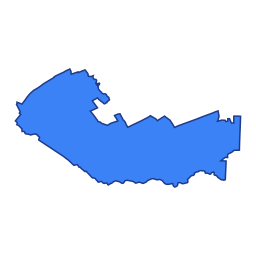 the district of Tiganasi, Iasi, Romania
{"feature_id": "2599482B17220998825141", "entity_name": "Tiganasi", "entity_type": "district", "adm_level": 2, "iso_a3": "ROU", "parent_name": "Romania", "parent_adm1": "Iasi", "projection": "equal_earth", "projection_center": [27.471, 47.35], "detail": "fine", "context": "isolated", "style": "filled", "palette": "blue", "viewbox_px": 256, "rotation_deg": 0, "n_neighbors": 0, "source": "geoboundaries", "source_scale": "gbopen_adm2", "svg_char_len": 5753}
<svg xmlns="http://www.w3.org/2000/svg" viewBox="0 0 256 256"><path d="M116.1,180.9L119.1,181.7L119.9,182.0L121.1,182.8L122.1,183.3L122.8,183.3L123.6,182.9L124.0,182.4L124.4,181.6L124.7,181.2L125.0,180.9L125.8,180.5L126.3,180.4L127.2,180.3L127.8,180.4L132.3,181.2L133.0,181.5L133.8,181.8L134.9,182.7L135.6,183.1L135.8,183.1L136.4,183.0L138.1,182.4L139.3,182.3L139.8,182.3L140.6,182.5L141.1,182.7L142.4,183.3L143.0,183.4L143.7,183.2L146.1,182.1L147.2,181.0L147.8,180.5L150.0,179.5L151.7,178.8L152.7,178.7L153.2,178.7L153.9,178.8L155.9,179.5L156.9,179.8L157.3,179.8L159.0,179.5L159.6,179.5L160.4,179.7L161.9,180.4L162.6,180.9L163.9,182.7L164.8,183.5L166.0,184.1L166.6,184.3L168.4,184.3L169.7,184.1L172.7,183.5L173.1,185.1L173.4,185.8L173.8,186.4L174.5,186.9L175.0,187.0L175.5,186.8L176.7,186.2L177.1,185.8L177.5,185.3L177.7,184.6L178.0,182.8L180.4,182.6L181.3,183.3L181.9,183.6L182.9,183.7L184.1,183.5L185.0,183.2L186.1,183.0L186.6,182.9L187.4,182.6L187.7,182.3L187.8,182.0L187.9,181.4L187.8,180.7L187.5,179.5L189.2,177.9L190.8,176.2L191.3,175.8L191.8,175.6L193.1,175.4L193.4,175.3L193.9,175.0L194.2,174.5L194.4,174.1L194.4,173.8L194.2,173.4L194.3,173.2L194.5,173.0L195.1,172.8L195.6,172.4L196.6,172.0L198.2,171.7L198.4,171.6L199.5,170.8L200.1,170.6L201.1,170.6L202.0,170.8L204.1,170.9L204.4,171.0L204.6,171.1L204.9,171.4L205.0,172.3L205.1,172.6L205.4,173.0L205.7,173.2L206.2,173.3L206.9,173.2L207.6,173.2L208.1,173.3L209.1,173.9L209.7,174.2L210.1,174.2L210.5,174.1L210.8,173.9L211.1,173.4L211.1,173.1L211.3,173.0L212.7,172.2L213.0,172.1L213.4,172.0L213.8,172.2L214.2,172.6L214.2,173.0L214.1,173.5L214.0,174.2L214.1,174.6L214.3,174.9L214.5,175.1L214.9,175.2L216.1,175.5L216.6,175.8L218.1,177.6L219.2,178.3L220.5,179.3L221.3,179.7L221.8,179.8L222.5,179.7L223.6,180.2L225.2,179.8L225.3,179.5L226.1,161.7L226.1,161.0L220.9,160.8L225.1,157.4L227.6,157.5L227.6,154.7L228.0,154.2L228.3,154.0L228.9,153.6L231.7,152.3L233.7,150.6L234.1,150.3L239.4,150.2L239.6,142.2L240.6,116.3L239.4,116.2L234.6,116.1L234.2,116.1L233.8,116.2L233.8,123.0L231.8,123.0L231.5,123.0L231.2,122.5L230.6,121.3L230.2,120.3L229.5,118.7L227.8,118.7L227.8,121.1L226.2,121.5L225.7,121.5L225.2,120.3L223.8,120.2L221.6,120.1L218.4,121.1L217.5,121.2L217.8,120.7L218.3,119.0L219.0,116.8L219.0,115.8L218.9,115.3L218.7,114.2L218.5,113.4L218.3,112.1L218.1,110.9L215.7,111.7L211.8,113.3L202.3,116.8L196.8,119.0L180.6,124.9L177.4,126.1L174.5,127.5L174.0,126.6L173.5,125.6L172.8,124.4L171.7,122.8L171.2,122.0L170.2,120.4L167.3,118.2L165.6,117.0L164.6,116.1L159.8,119.1L158.5,119.9L157.4,120.8L156.4,119.5L155.8,118.9L150.4,115.7L150.2,115.7L149.5,116.5L146.1,118.3L141.1,120.9L134.1,124.2L127.7,127.3L127.5,126.9L127.0,125.8L126.4,125.0L126.1,124.5L126.0,124.2L125.9,123.7L125.4,122.4L125.0,121.9L124.8,121.6L124.1,120.7L123.9,120.4L123.1,119.9L122.9,119.4L122.2,118.0L120.1,114.1L120.0,113.8L117.8,114.1L116.2,114.8L114.5,115.5L115.1,116.6L115.9,117.8L116.3,118.3L117.8,121.0L112.1,122.8L109.8,123.8L109.1,124.4L108.8,124.5L107.6,125.2L107.0,125.1L106.4,125.0L103.6,124.0L102.5,123.7L101.5,123.2L100.1,122.0L98.2,121.7L97.8,120.9L97.3,120.1L95.8,118.2L94.8,116.7L92.6,113.8L90.3,111.2L97.5,107.8L92.3,100.8L97.6,97.9L97.9,98.3L98.8,99.5L100.2,100.5L101.0,101.3L102.7,102.4L103.3,103.1L103.9,103.6L104.2,103.8L104.8,103.8L105.9,102.9L106.1,102.9L106.8,102.7L107.0,102.4L106.9,102.0L109.5,99.8L109.1,99.2L108.9,97.6L108.5,97.2L108.2,96.9L107.5,96.6L107.2,96.2L106.3,94.6L105.8,94.1L105.5,93.9L105.0,93.8L104.0,93.9L103.2,93.8L102.4,93.4L101.9,93.0L101.4,92.2L101.1,91.9L100.5,91.6L100.0,91.0L99.8,90.6L98.5,89.1L98.3,88.6L98.1,87.9L98.3,87.7L97.8,86.3L97.8,86.2L98.0,86.1L97.9,86.0L97.9,85.8L98.4,85.6L98.8,85.1L99.0,84.9L99.3,84.6L99.2,84.3L99.2,84.2L99.3,84.1L99.5,83.6L99.2,83.5L99.2,83.2L97.9,83.5L96.8,83.6L97.0,84.1L97.3,84.5L96.7,84.8L96.1,83.9L95.8,83.2L95.9,82.7L96.2,82.3L96.3,81.9L96.6,80.5L96.4,80.0L95.9,79.4L94.4,79.4L93.1,78.0L93.0,77.9L93.0,76.5L93.1,76.0L93.2,75.7L91.4,76.4L91.2,76.5L88.4,76.3L88.2,75.8L88.0,74.0L87.7,73.4L85.3,70.1L85.0,69.9L84.9,70.0L82.6,70.8L78.2,72.6L78.0,71.9L71.3,74.2L71.0,73.3L71.1,72.8L71.0,71.9L71.0,71.7L71.0,71.3L70.9,71.0L70.3,70.1L70.2,69.7L69.8,69.0L68.5,69.7L66.9,70.3L66.2,70.7L65.2,71.2L64.2,71.9L63.5,72.2L63.1,72.5L61.6,73.1L55.5,76.0L53.9,77.1L53.7,77.4L53.7,77.6L53.5,77.8L44.1,83.4L40.2,86.3L37.1,88.4L33.6,90.4L32.2,91.7L31.6,92.1L29.3,94.4L26.8,97.5L26.1,98.6L22.6,103.3L22.0,104.1L21.0,103.7L17.0,102.2L17.0,102.7L17.0,102.9L17.0,103.5L16.6,104.1L16.5,104.4L20.1,111.6L20.2,111.9L20.1,112.1L19.3,113.1L20.7,114.4L15.4,120.9L16.1,121.5L16.9,122.3L17.2,122.7L17.3,123.1L17.2,123.4L17.1,123.9L16.8,124.7L17.6,125.0L18.9,125.7L19.3,126.1L20.1,127.0L20.7,127.7L21.8,128.7L22.1,131.5L23.3,131.4L24.3,131.6L24.5,131.7L24.6,131.9L24.8,132.4L24.8,132.8L25.4,133.7L25.6,133.8L27.6,134.1L28.4,134.1L30.0,134.8L30.5,134.9L31.0,134.9L31.6,134.7L33.9,134.1L34.7,134.0L35.0,134.0L35.4,134.2L36.1,134.1L36.7,134.7L36.9,134.9L37.7,135.1L37.8,135.2L38.0,135.9L38.6,136.5L39.4,137.0L39.6,137.5L39.5,137.8L39.4,138.2L39.0,138.7L38.7,139.7L38.8,140.1L47.8,146.0L56.7,151.9L64.2,156.9L65.7,158.2L68.4,160.1L73.8,165.3L74.5,165.1L74.8,165.2L76.5,164.7L77.4,164.7L78.2,165.8L78.5,166.4L79.1,167.2L80.0,167.1L80.3,167.6L81.4,168.6L85.0,171.6L86.3,171.2L86.4,171.5L86.9,172.1L90.8,176.2L91.3,176.8L91.8,177.4L92.4,177.8L93.3,178.0L94.5,178.1L95.2,178.4L96.2,179.9L97.1,180.7L98.0,181.9L98.3,182.1L98.6,182.2L98.8,182.2L99.7,181.8L100.7,181.5L101.4,181.5L102.0,181.9L102.2,182.1L102.5,182.4L102.8,182.8L103.5,183.2L104.3,183.4L104.7,183.3L106.1,183.0L106.8,183.1L107.1,183.5L107.6,184.4L107.8,184.7L108.3,184.9L108.6,184.8L110.2,183.8L111.2,183.4L112.2,182.9L113.2,182.0L113.9,181.5L115.1,181.0L116.1,180.9Z" fill="#3b82f6" stroke="#1e3a8a" stroke-width="1.5"/></svg>